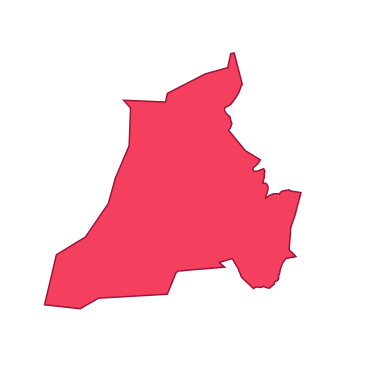 the district of Cocal, Piauí, Brazil, rotated 14°
{"feature_id": "56859067B44151936465975", "entity_name": "Cocal", "entity_type": "district", "adm_level": 2, "iso_a3": "BRA", "parent_name": "Brazil", "parent_adm1": "Piauí", "projection": "robinson", "projection_center": [-41.456, -3.429], "detail": "fine", "context": "isolated", "style": "filled", "palette": "rose", "viewbox_px": 384, "rotation_deg": 14, "n_neighbors": 0, "source": "geoboundaries", "source_scale": "gbopen_adm2", "svg_char_len": 1831}
<svg xmlns="http://www.w3.org/2000/svg" viewBox="0 0 384 384"><g transform="rotate(14 192 192)"><path d="M103.5,119.5L108.8,123.1L112.0,125.3L112.9,129.3L113.6,132.7L119.8,162.3L114.3,196.9L113.6,223.5L99.4,261.6L94.1,266.9L75.6,285.7L76.0,313.1L76.2,337.1L111.7,332.3L113.7,330.4L127.0,317.6L153.1,309.5L192.6,297.2L193.0,295.2L196.0,274.4L197.2,272.6L198.5,271.7L200.1,271.2L202.0,270.8L203.5,270.1L209.4,268.0L218.4,264.9L220.4,264.3L241.8,257.0L235.4,253.8L244.1,248.6L246.7,247.1L248.3,247.9L249.4,249.1L250.6,250.4L251.8,251.6L253.2,253.1L255.0,254.7L256.6,257.2L258.5,259.5L259.6,261.3L260.9,262.8L266.8,266.2L273.6,270.0L275.2,270.8L276.7,268.8L278.6,268.4L281.1,268.2L282.6,267.5L284.2,266.3L285.8,266.5L287.7,266.8L290.5,266.5L293.9,261.7L294.1,258.9L296.3,257.2L297.1,255.3L296.3,252.6L296.6,250.5L296.6,248.5L296.4,246.1L297.0,239.5L298.2,236.0L299.3,233.7L302.9,232.1L304.4,231.3L306.0,230.9L308.4,229.5L305.1,227.4L300.2,224.6L296.4,202.2L297.5,190.3L297.9,166.2L287.0,167.2L285.6,166.3L283.6,167.5L282.1,167.9L280.6,168.7L279.1,169.4L277.9,171.0L277.2,173.1L275.4,172.9L273.8,173.4L271.6,174.0L269.3,175.5L267.3,177.2L266.2,178.8L264.9,180.0L264.6,178.3L265.0,175.8L265.1,172.2L264.9,170.0L264.1,167.9L262.8,166.6L261.3,165.6L258.6,166.5L258.5,162.9L258.6,160.0L257.6,156.8L257.8,154.2L255.9,152.1L250.5,155.8L247.4,157.0L245.6,155.5L245.7,153.4L248.7,149.2L249.9,146.4L250.5,144.3L233.7,139.0L212.6,123.3L213.9,119.5L214.1,115.8L212.4,113.3L210.6,109.8L207.0,108.0L205.7,107.0L203.8,105.0L203.4,102.4L205.8,100.3L207.8,98.3L208.8,96.8L212.2,88.3L212.6,86.5L213.3,84.5L214.0,78.8L213.7,77.2L214.9,75.7L203.4,54.5L199.3,46.9L196.1,48.4L196.6,62.7L176.6,74.0L174.8,75.5L144.3,102.2L144.5,109.4L144.5,111.2L142.5,111.5L138.8,112.3L108.4,118.5L103.5,119.5Z" fill="#f43f5e" stroke="#9f1239" stroke-width="1.5"/></g></svg>